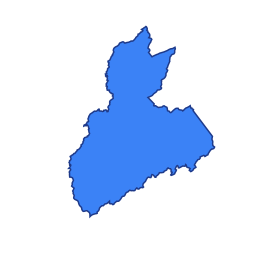 the district of Campo Novo de Rondônia, Rondônia, Brazil, rotated 53°
{"feature_id": "56859067B44422974522674", "entity_name": "Campo Novo de Rondônia", "entity_type": "district", "adm_level": 2, "iso_a3": "BRA", "parent_name": "Brazil", "parent_adm1": "Rondônia", "projection": "equal_earth", "projection_center": [-63.833, -10.498], "detail": "fine", "context": "isolated", "style": "filled", "palette": "blue", "viewbox_px": 256, "rotation_deg": 53, "n_neighbors": 0, "source": "geoboundaries", "source_scale": "gbopen_adm2", "svg_char_len": 5797}
<svg xmlns="http://www.w3.org/2000/svg" viewBox="0 0 256 256"><g transform="rotate(53 128 128)"><path d="M175.9,211.7L175.7,210.3L175.8,208.6L176.5,206.5L176.8,205.7L177.2,205.1L177.6,204.0L176.5,203.2L176.4,201.4L176.0,200.5L174.7,198.7L174.4,196.9L174.4,195.6L175.2,194.5L174.8,192.1L175.5,190.7L175.6,189.8L175.3,186.8L176.6,187.6L177.1,188.2L177.8,187.9L178.3,187.0L178.9,186.5L180.1,186.2L180.4,185.2L179.9,184.5L179.7,181.0L180.4,180.3L180.8,179.4L180.8,178.5L180.2,176.2L179.4,174.3L179.4,173.3L180.0,172.3L179.9,171.2L178.7,168.9L178.6,167.8L179.0,166.2L178.7,165.1L178.8,164.0L180.0,163.2L180.6,162.2L181.7,161.0L182.0,160.1L181.3,158.0L181.2,157.0L182.7,156.8L183.3,156.0L183.1,154.1L183.5,153.1L184.1,152.7L184.6,152.0L184.5,151.1L183.4,151.1L182.3,150.2L181.7,149.5L181.3,147.7L181.2,146.3L180.1,144.2L179.4,142.3L179.5,141.3L180.8,140.2L181.3,139.6L180.9,138.5L180.1,137.9L179.6,136.9L180.3,136.3L181.3,136.1L182.0,136.0L183.5,136.1L184.1,135.4L183.6,134.9L183.4,134.0L183.5,132.9L183.1,130.7L182.6,130.0L182.9,129.3L183.5,128.7L184.7,126.6L184.7,125.8L184.3,125.1L184.8,122.6L184.6,121.9L184.1,121.3L184.0,120.0L185.3,119.6L186.1,118.6L187.1,118.6L189.0,120.0L189.9,119.4L190.6,120.5L191.2,122.1L191.8,122.0L192.2,120.9L192.6,119.1L192.6,118.1L192.1,117.6L191.5,116.0L190.7,114.6L189.3,115.1L188.8,114.5L187.7,112.2L187.7,111.2L188.4,111.0L190.2,111.7L190.7,111.0L191.3,107.2L192.8,105.5L192.5,104.6L191.9,104.0L192.7,103.8L193.7,104.3L194.9,104.5L196.7,103.2L197.8,102.8L198.3,104.0L198.8,104.6L199.6,104.2L200.5,104.2L200.8,103.4L200.8,101.5L200.1,100.0L200.3,97.4L199.0,97.1L197.7,97.3L197.2,96.8L197.0,95.9L196.0,93.9L195.8,92.7L195.3,91.3L195.9,89.8L195.5,88.5L194.5,87.7L195.5,83.9L196.1,83.6L197.0,83.7L197.2,82.8L197.0,82.1L197.5,80.4L196.6,79.0L195.4,75.7L195.2,73.8L195.7,73.1L196.0,71.8L195.7,71.0L195.3,70.3L193.7,70.7L192.7,70.7L192.0,70.1L191.3,69.8L190.2,68.7L189.3,68.2L188.0,68.0L187.3,67.5L186.8,67.1L185.5,65.6L153.3,65.6L152.9,64.7L152.3,64.7L151.3,65.2L150.5,65.0L149.8,65.8L147.6,64.9L147.6,66.4L147.2,68.9L146.9,69.5L147.0,71.8L147.4,73.1L147.2,74.1L146.3,74.1L144.7,75.7L143.8,76.3L142.4,76.1L141.5,77.3L141.1,78.3L141.2,81.1L141.6,84.1L141.2,84.9L140.2,85.1L139.6,84.9L138.8,85.5L138.0,86.0L135.8,84.8L134.9,84.5L133.0,85.5L132.2,85.7L131.6,86.6L131.7,88.2L129.9,91.4L128.0,92.2L126.9,92.5L126.0,93.9L125.3,93.8L124.5,92.6L115.6,93.7L116.5,90.0L116.6,89.0L116.1,86.8L116.2,84.1L116.1,83.2L115.5,82.2L115.5,81.5L116.5,79.8L116.7,77.8L116.2,77.1L115.4,77.2L114.6,77.0L113.6,75.1L111.2,73.6L110.8,72.9L110.1,72.9L109.7,72.0L110.1,69.8L109.9,68.1L109.1,66.4L108.7,65.9L107.4,65.0L106.9,64.1L106.6,63.0L105.7,61.5L104.5,61.8L103.8,61.6L103.3,60.0L102.3,58.7L99.8,54.4L99.2,54.2L96.8,51.9L96.5,51.3L96.4,50.4L95.9,49.6L95.8,48.9L96.4,46.6L95.9,45.4L93.9,43.8L93.3,42.6L91.8,41.9L91.4,44.5L90.4,46.4L90.0,48.0L89.8,50.0L89.3,51.9L88.9,53.5L87.3,57.7L87.1,59.4L86.6,60.8L85.7,64.9L85.6,66.0L80.0,66.1L79.8,65.2L79.3,64.0L78.6,63.6L77.8,63.5L77.1,63.9L76.4,64.0L75.7,63.4L74.3,61.4L73.5,59.7L73.2,58.4L72.2,57.0L71.6,55.7L71.0,55.6L70.0,55.8L68.4,57.1L67.8,55.3L66.2,54.3L64.2,54.3L63.6,54.6L62.6,53.9L61.3,54.2L60.8,53.3L59.9,52.7L58.3,52.4L57.7,52.6L57.8,53.6L57.6,54.7L57.7,55.6L57.4,57.9L58.2,57.7L59.0,57.3L59.4,57.8L59.5,59.5L59.1,59.9L59.6,62.3L59.1,63.4L60.3,64.7L60.4,67.2L60.9,68.1L61.5,71.1L61.1,72.6L60.4,73.1L60.3,74.3L60.0,75.6L58.8,78.0L58.7,78.7L57.9,79.7L57.4,79.6L56.6,79.8L56.1,80.2L55.7,81.1L55.7,81.9L55.2,82.8L55.3,84.1L55.9,84.8L56.2,87.1L55.8,88.7L55.7,90.5L56.0,91.5L56.4,92.2L57.2,93.1L58.8,93.6L59.4,95.0L59.9,95.5L60.1,96.5L60.8,96.8L60.7,97.6L60.9,98.4L61.6,99.3L61.8,100.0L62.4,100.7L62.8,101.7L62.7,102.4L62.8,103.1L62.6,103.8L64.0,104.4L64.6,104.0L65.1,104.7L65.6,105.0L66.0,106.0L66.8,106.1L67.4,105.9L68.1,106.4L68.3,108.5L69.9,110.1L69.9,110.8L70.2,111.7L71.6,112.1L71.3,113.6L72.1,113.6L72.9,114.6L73.6,114.6L73.6,113.0L74.5,113.2L75.0,114.3L76.7,115.0L77.0,116.0L78.3,115.5L79.2,117.7L79.7,118.2L79.7,119.0L80.5,119.2L81.4,120.2L82.3,119.5L82.8,119.9L83.2,120.8L85.3,121.8L86.6,120.1L87.2,120.8L88.6,120.9L89.5,120.8L90.0,120.3L90.6,120.5L91.2,119.7L92.0,119.6L92.6,120.2L93.0,121.1L93.5,120.8L95.5,122.1L95.4,125.3L95.6,126.2L96.2,127.1L96.8,127.1L97.4,127.9L98.4,128.5L98.7,130.2L99.1,131.2L99.5,131.6L100.1,131.6L101.4,132.1L101.9,133.1L102.8,134.0L102.4,134.9L100.9,134.5L100.2,134.8L99.8,135.9L99.3,136.8L99.9,137.4L99.5,138.4L98.3,139.2L97.5,140.3L96.8,140.7L96.1,139.9L95.4,139.8L95.3,140.8L95.6,142.2L95.6,143.0L94.9,144.1L94.3,144.7L94.3,147.4L94.1,149.8L95.2,152.4L96.1,153.4L96.3,154.1L97.0,154.6L98.9,155.4L99.1,156.0L98.7,156.9L99.7,158.9L99.3,161.5L99.9,162.1L100.1,161.1L101.2,159.8L101.0,158.8L101.9,158.6L103.6,159.0L104.4,159.5L105.2,159.5L105.5,160.6L106.7,160.9L107.6,161.6L109.2,161.9L110.2,163.8L110.0,165.3L110.6,165.5L110.0,167.4L109.6,168.4L110.1,170.1L111.4,170.9L111.8,172.1L112.5,172.6L113.1,173.6L113.3,174.5L113.3,175.8L114.5,176.3L114.7,177.6L115.1,178.3L115.4,180.0L115.0,181.9L115.5,182.3L115.9,184.4L116.3,185.7L115.8,186.6L116.2,188.0L115.9,188.9L116.2,189.8L115.9,190.5L115.9,191.3L117.8,191.8L118.4,192.1L119.0,193.1L119.0,194.4L119.7,194.9L120.0,195.8L120.9,195.9L122.5,196.9L122.7,196.0L123.2,196.0L123.8,196.8L124.2,197.8L124.6,199.6L125.1,198.9L126.2,198.6L126.9,199.0L127.2,199.7L127.4,200.8L127.9,201.5L128.7,201.7L130.2,202.9L132.1,204.1L133.0,203.1L134.3,202.3L136.9,203.0L138.4,205.8L139.4,206.3L140.5,208.0L143.6,207.3L144.6,209.0L145.0,210.1L146.4,210.4L147.2,211.2L149.5,211.6L150.0,212.1L150.6,213.0L151.6,213.6L153.0,213.4L155.7,212.0L157.0,212.1L159.3,213.0L160.8,213.3L163.2,213.0L163.9,213.1L164.8,213.7L166.4,214.1L167.1,214.1L167.9,213.6L169.1,210.9L169.7,210.4L172.0,209.8L172.6,209.8L173.8,210.2L175.9,211.7Z" fill="#3b82f6" stroke="#1e3a8a" stroke-width="1.5"/></g></svg>